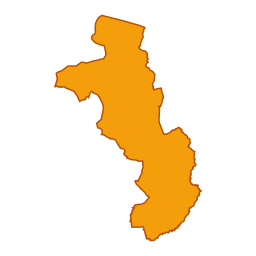 the district of Bawku Municipal, Upper East, Ghana
{"feature_id": "2480657B67017614982997", "entity_name": "Bawku Municipal", "entity_type": "district", "adm_level": 2, "iso_a3": "GHA", "parent_name": "Ghana", "parent_adm1": "Upper East", "projection": "robinson", "projection_center": [-0.204, 11.042], "detail": "fine", "context": "isolated", "style": "filled", "palette": "amber", "viewbox_px": 256, "rotation_deg": 0, "n_neighbors": 0, "source": "geoboundaries", "source_scale": "gbopen_adm2", "svg_char_len": 5923}
<svg xmlns="http://www.w3.org/2000/svg" viewBox="0 0 256 256"><path d="M172.4,230.8L173.6,230.5L174.3,230.6L174.5,229.8L174.4,229.4L175.3,229.3L175.2,228.6L175.8,228.2L176.9,228.2L177.0,227.9L176.6,227.7L176.9,227.4L177.4,227.6L177.2,227.1L177.8,226.8L178.1,226.3L178.4,226.3L178.4,225.6L178.8,225.7L179.2,224.9L179.6,225.3L179.7,224.4L180.7,223.8L181.8,221.9L183.3,221.7L184.0,221.1L184.5,218.5L187.2,214.8L188.1,214.4L189.6,211.4L189.4,211.1L188.8,211.1L189.6,207.9L190.3,207.6L190.3,207.9L190.8,207.9L190.9,207.2L193.3,206.0L194.0,205.2L194.2,203.9L194.9,202.3L195.9,201.3L197.3,199.3L197.0,198.2L197.3,197.3L197.3,196.6L197.6,196.3L198.3,196.1L199.3,195.3L199.5,194.2L199.3,192.5L199.4,192.2L201.1,191.0L201.1,190.6L199.6,190.3L199.4,188.9L198.1,188.4L197.9,186.3L198.1,185.7L197.8,185.2L197.5,185.6L197.1,185.2L196.9,186.2L196.3,186.1L196.2,185.4L195.6,185.3L195.3,184.8L194.5,185.2L193.9,185.1L193.6,184.8L193.1,184.9L192.7,184.4L192.1,184.3L192.0,184.0L191.4,184.1L190.8,183.5L190.9,182.8L190.8,182.4L190.4,182.3L190.2,181.6L190.3,180.9L189.8,180.2L190.3,180.1L190.2,179.5L190.8,178.9L190.6,178.7L190.8,178.3L190.3,178.4L190.2,176.8L190.5,175.5L190.8,175.1L191.1,175.0L191.3,174.4L190.5,173.4L191.1,172.7L190.9,171.8L190.9,170.7L192.1,169.5L192.9,169.3L192.7,168.4L192.8,167.8L193.1,167.8L193.2,167.6L192.8,167.1L192.8,166.8L193.6,166.7L194.4,166.0L195.1,165.9L195.2,165.3L195.6,165.2L195.8,164.6L195.6,163.9L194.4,162.6L194.6,162.3L194.3,161.7L194.8,160.6L194.6,160.1L195.0,159.6L194.8,159.0L194.4,159.0L194.4,158.2L194.0,157.8L194.5,153.7L194.3,152.4L194.7,151.5L193.1,150.9L190.6,148.4L189.6,147.7L188.2,146.5L188.9,145.9L189.2,145.5L188.9,145.2L188.9,144.6L189.9,143.9L190.0,143.2L190.5,142.7L189.9,141.8L189.9,140.1L189.5,138.8L189.0,138.4L188.6,138.5L187.6,137.8L187.5,136.8L186.4,135.2L185.8,134.8L184.9,134.9L183.6,133.1L183.4,132.4L182.0,132.3L181.3,131.2L181.8,131.0L182.0,129.9L181.5,129.4L180.8,129.1L180.6,128.8L180.3,129.1L180.0,129.0L179.4,127.6L178.3,127.5L176.3,128.8L175.7,128.7L175.5,129.5L174.4,130.2L172.8,129.9L172.1,130.3L171.3,131.4L170.3,131.9L169.6,132.7L168.1,133.5L166.0,134.1L164.3,134.1L163.3,133.8L163.3,132.9L159.3,122.8L158.9,120.6L159.5,110.4L159.4,108.8L158.8,106.2L160.3,106.8L161.8,102.9L162.4,99.8L163.2,98.3L163.2,95.9L161.9,92.1L161.2,88.1L157.1,88.8L154.5,89.6L154.0,90.0L153.5,88.6L152.9,88.2L152.9,87.8L153.2,87.5L153.2,86.3L152.4,84.2L154.3,80.2L154.8,74.4L152.8,71.6L151.3,70.7L149.9,70.3L149.5,69.4L149.4,68.8L148.8,68.0L147.9,67.4L147.2,67.4L146.9,67.2L146.4,67.4L145.7,65.0L146.6,63.6L148.1,62.1L148.0,61.8L147.0,61.3L147.1,60.5L148.1,59.1L148.1,58.6L147.1,57.6L147.4,55.7L147.0,55.1L147.4,54.2L147.3,53.5L145.2,51.0L143.8,50.9L141.8,50.3L139.4,48.7L139.3,47.9L138.9,47.7L138.8,47.3L138.8,46.9L140.3,45.9L140.8,42.4L141.3,41.8L141.5,40.8L141.5,39.7L142.2,38.9L142.4,38.1L142.8,37.8L143.2,37.0L142.6,33.4L142.8,32.8L143.6,31.6L143.7,31.0L143.5,30.1L143.7,29.1L144.5,28.6L144.9,27.8L144.2,27.2L139.0,25.3L120.1,20.0L101.7,15.4L98.2,18.0L96.3,21.6L95.7,23.1L95.4,25.3L95.2,28.0L95.4,32.5L95.1,33.7L92.4,35.3L92.2,36.4L91.6,37.2L91.5,38.4L92.4,39.8L94.1,41.6L96.2,43.2L101.5,45.2L103.8,45.6L104.8,47.1L105.0,49.4L105.6,51.7L105.9,54.5L105.3,56.2L104.5,57.0L103.6,58.9L99.9,59.3L97.4,60.3L93.8,60.9L86.9,63.0L82.1,62.2L81.1,62.4L76.3,66.0L68.5,66.0L67.0,66.7L61.9,70.7L58.5,71.9L56.4,73.1L56.3,74.0L57.3,78.6L56.6,81.7L54.9,86.6L55.3,86.7L56.1,86.0L56.5,86.3L56.8,86.0L57.9,86.5L58.2,86.9L59.4,87.2L60.1,86.8L60.5,86.9L61.1,86.8L61.3,87.3L64.1,86.7L66.3,88.3L69.4,89.3L74.2,91.5L77.1,95.7L79.6,101.4L82.5,100.0L85.4,99.5L86.2,97.2L87.0,96.6L87.6,96.5L88.5,97.6L89.2,96.0L89.7,94.1L90.9,91.6L92.4,91.6L92.8,92.6L97.0,94.4L99.5,97.4L102.8,104.3L103.3,107.0L103.2,110.4L101.6,117.3L101.3,119.3L96.7,123.3L97.7,127.7L100.1,128.4L100.9,129.0L102.2,130.4L102.2,132.4L101.4,134.5L104.2,135.0L106.3,136.5L110.6,138.9L112.8,138.9L115.2,139.8L116.7,142.1L118.6,145.6L119.3,146.0L119.6,146.6L119.9,147.6L120.7,148.3L122.3,148.4L123.4,148.9L124.2,149.5L124.8,150.5L124.7,152.3L123.7,153.6L124.7,155.4L125.6,155.6L125.8,156.1L126.4,156.2L126.8,156.9L127.2,156.7L127.4,157.3L126.9,158.0L131.1,159.6L133.9,159.8L137.0,160.4L138.2,161.2L139.3,161.2L140.6,160.8L142.8,161.3L142.6,162.6L143.1,166.7L143.0,167.5L141.9,170.4L142.0,172.4L141.2,174.5L140.7,175.2L139.4,178.5L138.1,180.4L138.3,181.0L135.6,180.7L135.0,181.3L135.5,182.1L136.4,184.2L140.2,187.9L140.8,189.0L142.3,189.8L143.3,191.1L144.7,192.3L145.5,193.5L146.2,194.9L149.3,197.3L147.0,199.9L145.2,202.4L141.9,204.1L141.0,204.4L139.3,204.2L138.1,204.6L136.5,204.6L134.9,205.2L134.8,205.6L134.0,206.0L134.3,207.4L133.5,207.6L133.8,207.7L133.8,207.9L134.1,208.2L133.4,208.5L133.5,209.0L132.8,209.1L132.6,210.0L132.3,210.2L132.2,210.6L132.7,211.0L131.9,212.1L132.0,212.9L131.6,213.3L131.7,213.6L131.0,213.7L130.9,214.3L130.6,214.6L130.8,215.0L130.7,215.2L130.8,215.5L130.6,215.6L130.8,216.0L130.6,216.4L131.1,218.2L130.8,218.6L131.0,218.9L131.1,219.6L130.9,219.8L130.6,219.6L130.6,220.1L130.9,220.0L131.0,220.2L130.6,220.3L130.5,220.7L130.1,221.0L130.0,221.3L130.7,221.5L130.7,221.8L131.3,222.1L131.4,223.3L131.7,223.9L131.4,224.7L131.7,225.0L131.7,226.0L132.1,227.3L135.8,226.9L138.2,227.2L142.9,226.7L144.0,228.4L143.4,229.7L144.7,230.7L144.8,232.1L145.3,233.6L145.3,234.4L145.7,235.3L146.1,235.6L145.8,236.0L146.6,236.7L146.2,238.3L146.6,238.7L147.0,238.6L147.5,238.9L148.1,238.7L148.7,239.0L149.2,238.7L149.4,239.0L149.3,239.8L150.1,240.2L150.3,239.8L150.7,239.8L151.3,240.6L153.7,240.4L154.7,240.0L154.8,239.3L155.3,238.8L156.0,238.8L156.3,238.2L157.5,238.2L157.5,237.5L157.9,237.4L158.5,236.6L158.9,235.7L160.4,234.2L161.2,234.6L161.7,234.5L162.4,233.5L162.7,234.0L163.4,233.4L165.1,233.2L165.6,232.5L166.5,232.1L167.7,232.8L168.1,232.6L168.5,232.8L169.0,232.1L169.2,231.5L169.1,231.0L169.7,230.5L170.4,230.8L171.0,230.2L172.0,230.2L171.6,231.4L171.9,231.6L172.4,230.8Z" fill="#f59e0b" stroke="#b45309" stroke-width="1.5"/></svg>